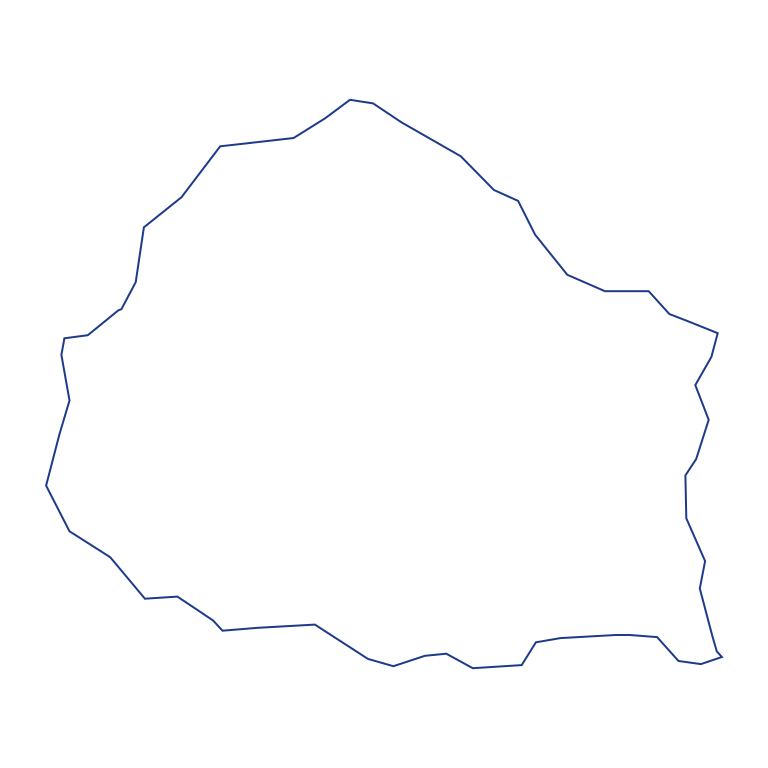 the district of Kato Kivides, Limassol, Cyprus
{"feature_id": "46923920B9488855208630", "entity_name": "Kato Kivides", "entity_type": "district", "adm_level": 2, "iso_a3": "CYP", "parent_name": "Cyprus", "parent_adm1": "Limassol", "projection": "natural_earth1", "projection_center": [32.873, 34.766], "detail": "fine", "context": "isolated", "style": "outline", "palette": "blue", "viewbox_px": 768, "rotation_deg": 0, "n_neighbors": 0, "source": "geoboundaries", "source_scale": "gbopen_adm2", "svg_char_len": 838}
<svg xmlns="http://www.w3.org/2000/svg" viewBox="0 0 768 768"><path d="M350.0,99.8L325.1,118.3L293.6,138.0L220.2,146.3L181.5,197.2L143.9,227.3L135.7,282.2L121.4,309.2L118.4,310.3L87.8,335.2L64.4,338.3L61.4,354.9L69.5,400.5L59.3,434.8L46.1,485.6L69.5,531.3L110.2,557.2L144.9,598.7L177.4,596.6L213.1,620.5L222.5,630.7L257.9,627.8L314.9,624.6L367.9,658.9L393.4,666.2L424.9,655.8L446.3,653.7L472.8,668.2L521.7,665.1L535.9,642.3L560.4,638.1L615.4,635.0L629.6,635.0L657.1,637.1L678.5,661.0L700.9,664.1L721.9,657.0L716.8,651.4L712.3,635.9L699.8,588.5L705.1,561.1L686.3,518.3L685.4,475.4L696.2,459.0L708.7,419.8L695.3,385.1L711.4,356.9L717.7,333.2L692.6,323.1L669.3,314.0L648.7,291.2L604.9,291.2L567.3,274.8L535.1,234.7L518.1,200.9L493.9,190.0L460.8,156.3L401.7,122.5L373.1,103.4L350.0,99.8Z" fill="none" stroke="#1e3a8a" stroke-width="2"/></svg>